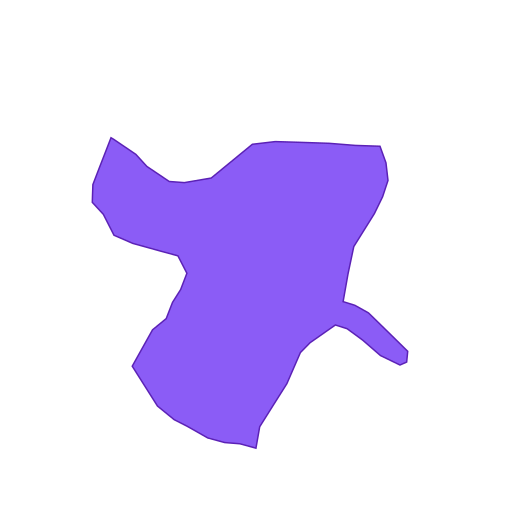 the district of Kanggye City, Chagang-do, North Korea, rotated 63°
{"feature_id": "82179303B59934044847437", "entity_name": "Kanggye City", "entity_type": "district", "adm_level": 2, "iso_a3": "PRK", "parent_name": "North Korea", "parent_adm1": "Chagang-do", "projection": "mercator", "projection_center": [126.593, 40.947], "detail": "fine", "context": "isolated", "style": "filled", "palette": "violet", "viewbox_px": 512, "rotation_deg": 63, "n_neighbors": 0, "source": "geoboundaries", "source_scale": "gbopen_adm2", "svg_char_len": 932}
<svg xmlns="http://www.w3.org/2000/svg" viewBox="0 0 512 512"><g transform="rotate(63 256 256)"><path d="M214.5,95.7L202.5,117.4L188.9,139.5L174.7,165.2L162.8,186.9L154.8,208.5L158.6,225.9L162.4,243.2L166.2,260.5L158.1,286.5L150.2,299.5L126.6,312.6L110.9,316.9L87.3,329.9L84.8,331.5L95.0,342.9L106.6,355.9L118.3,368.9L128.2,374.4L133.9,377.5L149.6,373.1L161.3,373.1L173.1,373.1L188.8,360.1L200.7,347.1L208.6,338.5L220.4,325.5L240.0,325.4L251.7,338.4L259.4,351.4L271.0,364.4L274.8,381.7L286.4,399.0L298.0,416.3L345.0,411.9L364.7,403.2L376.5,394.6L396.2,381.6L408.0,368.6L416.0,355.6L427.2,343.3L409.8,330.2L396.8,308.4L383.8,286.5L362.2,260.3L357.8,247.2L353.5,216.6L362.2,207.8L379.5,199.1L401.2,190.3L418.5,177.2L418.9,169.9L409.8,164.1L383.8,172.8L357.8,181.6L344.8,190.3L336.2,199.1L313.8,182.2L292.0,164.6L272.0,131.3L260.7,116.3L248.6,104.1L232.0,97.9L214.5,95.7Z" fill="#8b5cf6" stroke="#5b21b6" stroke-width="1.5"/></g></svg>